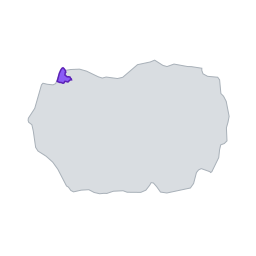 North Macedonia, with Dojran highlighted, rotated 192°
{"feature_id": "MKD-3000", "entity_name": "Dojran", "entity_type": "Statistical Region", "adm_level": 1, "iso_a3": "MKD", "parent_name": "North Macedonia", "parent_adm1": "", "projection": "natural_earth1", "projection_center": [22.654, 41.217], "detail": "fine", "context": "in_parent", "style": "filled", "palette": "violet", "viewbox_px": 256, "rotation_deg": 192, "n_neighbors": 0, "source": "natural_earth", "source_scale": "10m", "svg_char_len": 1811}
<svg xmlns="http://www.w3.org/2000/svg" viewBox="0 0 256 256"><g transform="rotate(192 128 128)"><path d="M115.5,65.0L119.8,65.6L129.2,63.1L135.1,59.6L138.0,59.1L142.0,57.8L147.7,57.9L153.5,59.5L160.8,57.5L168.0,54.2L170.9,55.0L174.0,57.8L176.1,58.5L188.1,73.1L194.6,79.0L202.3,83.4L211.2,86.7L214.3,89.8L220.0,105.3L222.7,111.2L226.4,113.0L227.3,114.7L227.5,116.9L223.3,127.8L221.6,152.2L220.5,154.1L216.1,154.0L210.3,154.6L208.0,156.4L205.7,169.6L196.2,173.3L187.6,175.5L180.4,175.0L167.7,171.9L163.5,171.5L160.0,173.3L148.6,174.2L143.7,176.5L131.9,191.9L120.0,197.2L116.0,199.9L106.9,196.5L102.6,196.2L96.3,200.1L82.6,200.5L78.8,201.2L68.2,201.8L67.8,199.7L65.9,196.6L60.9,195.1L50.8,196.3L48.4,194.1L44.3,181.0L41.1,178.9L37.5,174.5L31.5,160.4L31.4,154.2L31.8,148.7L28.5,136.0L30.6,132.8L33.8,130.8L33.9,125.7L33.1,117.9L36.9,102.7L37.9,101.6L38.9,102.3L47.9,103.5L50.3,101.6L51.8,98.6L52.3,87.4L54.5,82.3L76.5,72.5L82.9,72.1L87.8,76.6L91.7,79.5L94.0,79.4L94.9,76.5L97.6,70.9L102.1,67.7L115.4,65.0L115.5,65.0Z" fill="#d9dde1" stroke="#a8b0b8" stroke-width="1"/><path d="M207.0,159.0L206.9,159.3L206.6,167.0L205.8,170.8L204.9,172.8L204.1,173.4L203.1,172.9L201.7,171.7L201.1,171.0L200.8,170.2L200.4,169.7L200.9,169.0L200.8,168.9L200.8,168.4L200.8,167.7L200.8,166.9L200.6,166.6L200.2,166.6L199.5,166.1L198.9,165.7L198.3,165.5L197.7,165.5L197.3,165.5L197.0,165.7L196.6,165.8L196.2,165.8L195.6,165.8L195.2,165.7L194.8,165.0L194.5,164.7L193.9,164.4L193.5,164.0L193.3,163.4L193.5,163.4L194.1,163.2L194.7,162.8L195.4,161.9L196.0,161.0L196.3,160.5L198.0,160.6L199.2,160.6L199.6,160.4L199.8,159.8L199.8,159.2L200.2,158.6L200.8,158.3L201.6,158.3L202.5,158.6L202.9,158.6L203.5,158.5L204.0,158.4L204.7,158.4L205.3,158.6L205.9,158.6L206.8,158.9L207.0,159.0Z" fill="#8b5cf6" stroke="#5b21b6" stroke-width="1.5"/></g></svg>